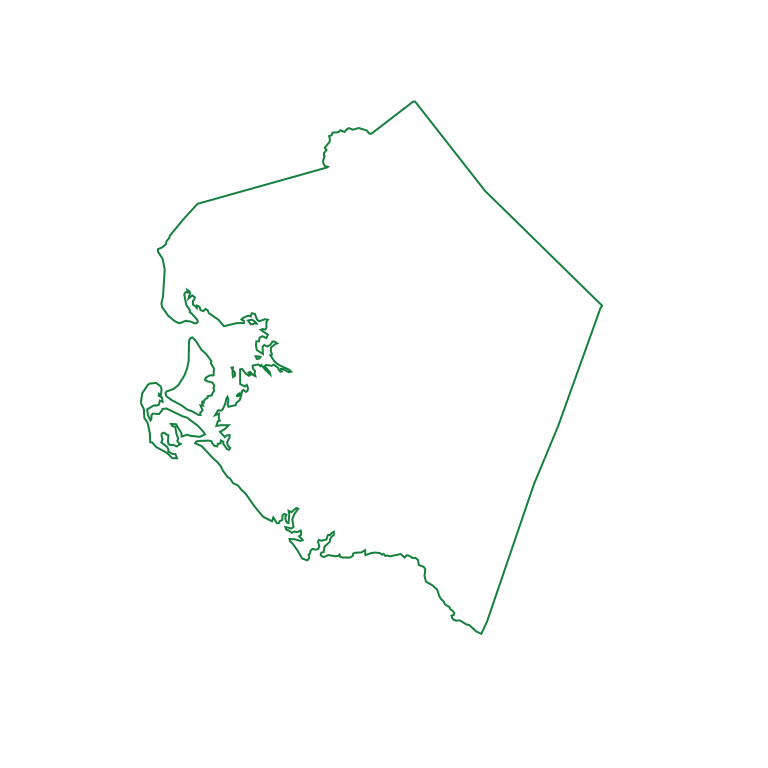 Lamu West, Coast, Kenya, rotated 142°
{"feature_id": "3690345B28138832354018", "entity_name": "Lamu West", "entity_type": "district", "adm_level": 2, "iso_a3": "KEN", "parent_name": "Kenya", "parent_adm1": "Coast", "projection": "equal_earth", "projection_center": [40.664, -2.131], "detail": "fine", "context": "isolated", "style": "outline", "palette": "green", "viewbox_px": 768, "rotation_deg": 142, "n_neighbors": 0, "source": "geoboundaries", "source_scale": "gbopen_adm2", "svg_char_len": 6173}
<svg xmlns="http://www.w3.org/2000/svg" viewBox="0 0 768 768"><g transform="rotate(142 384 384)"><path d="M461.4,632.8L463.5,631.2L467.5,630.4L469.6,628.5L474.8,628.3L479.2,629.4L480.7,627.5L481.4,618.8L486.5,609.0L504.3,589.0L509.6,584.7L511.5,581.4L512.0,570.6L510.5,563.3L508.7,559.0L507.4,557.5L501.3,555.9L497.3,551.4L496.1,548.6L494.4,547.3L492.5,547.6L491.6,549.5L492.2,557.9L492.9,560.1L491.6,561.5L491.1,568.1L486.3,577.5L483.9,578.5L482.0,576.8L481.1,579.3L480.2,576.8L481.0,574.9L485.4,571.7L480.5,571.8L479.7,568.7L481.4,567.4L483.6,567.0L485.6,564.1L484.7,561.2L484.8,559.2L483.1,560.9L481.9,558.6L483.0,555.1L481.6,552.7L478.4,553.0L477.6,550.4L478.4,547.8L474.9,536.6L474.6,528.1L462.9,522.8L456.8,518.4L455.5,520.3L456.7,522.6L454.6,522.9L450.5,521.9L448.4,521.1L447.5,519.3L444.7,521.2L442.6,518.8L444.4,512.8L443.7,510.3L437.8,508.3L435.9,506.1L438.5,505.3L441.9,500.8L444.0,500.0L445.6,501.9L447.8,502.6L445.2,494.3L448.4,492.6L450.4,496.5L453.5,497.1L456.2,494.6L458.3,496.2L461.3,493.1L463.3,489.0L460.9,482.2L456.8,488.1L454.4,488.5L452.9,485.5L449.5,484.8L445.6,486.1L444.0,484.6L443.2,481.8L445.1,482.4L450.5,482.3L452.8,479.9L454.1,476.2L455.8,476.7L456.4,470.0L455.9,466.5L454.8,463.1L450.1,453.9L449.5,450.9L451.7,451.8L454.5,458.1L455.9,459.4L456.8,456.8L458.0,457.5L458.2,459.8L457.5,462.0L458.9,467.1L461.3,467.5L465.2,471.6L467.1,471.6L466.8,463.6L467.8,461.5L468.8,468.2L469.0,474.5L470.5,474.2L471.1,476.9L476.1,479.4L477.8,476.8L477.6,473.6L479.4,472.2L480.6,469.4L481.7,472.2L482.0,476.0L483.8,476.4L483.8,473.4L485.3,473.5L486.5,477.0L486.6,483.2L488.4,484.1L497.4,472.5L495.2,467.8L492.7,467.8L493.7,464.5L495.6,462.7L497.7,462.7L498.4,465.9L499.9,465.9L507.1,460.3L511.7,460.0L514.0,458.7L520.5,461.8L519.9,463.9L516.4,467.3L515.3,470.3L517.3,469.5L521.2,466.2L527.2,463.1L529.2,463.6L530.9,465.5L536.3,463.4L532.3,462.3L535.5,458.5L536.0,456.2L537.9,456.9L541.9,454.2L537.8,451.9L531.7,447.1L537.4,446.5L542.7,447.3L542.1,440.1L539.7,440.4L537.2,438.9L538.5,437.0L542.6,435.2L544.4,433.4L545.0,430.7L544.5,428.3L546.6,427.6L547.8,429.4L547.5,435.7L546.2,437.4L547.4,439.9L549.4,437.8L551.7,439.2L553.8,437.5L555.7,439.5L555.8,442.8L555.2,445.1L556.9,447.3L565.1,453.2L567.5,454.3L569.3,453.4L565.9,447.3L564.4,430.3L563.4,425.3L563.3,419.4L564.3,414.6L564.6,406.8L563.5,404.4L564.0,398.8L561.6,393.9L561.5,388.4L560.6,383.2L561.4,367.4L561.0,353.9L556.8,344.7L553.4,347.0L554.1,340.3L552.6,339.1L550.6,340.1L547.9,339.5L544.8,343.0L542.7,343.1L541.4,341.0L543.5,340.0L545.0,338.2L545.9,334.6L544.9,333.2L538.9,339.6L537.2,342.8L535.9,340.0L529.4,340.3L528.4,338.5L534.7,336.7L539.5,333.9L543.3,327.1L545.9,327.1L549.8,332.0L550.7,329.3L549.1,326.8L548.3,323.5L545.3,322.8L543.7,320.8L539.8,319.8L540.8,317.7L542.6,316.1L544.6,316.3L544.1,311.1L546.3,311.7L550.2,316.9L553.9,320.0L554.9,317.9L554.3,314.3L554.6,306.2L556.0,297.0L553.1,292.3L550.0,292.8L548.4,296.1L546.7,295.9L544.6,297.8L542.0,298.1L539.9,295.6L537.4,294.5L534.9,295.9L533.3,300.1L531.4,301.3L529.9,299.1L525.1,296.9L521.3,299.5L519.6,298.3L517.1,298.8L514.6,298.4L516.6,295.9L519.7,295.9L522.2,294.8L523.8,293.0L531.0,292.5L535.0,288.7L537.2,289.7L539.2,288.4L539.0,286.2L537.6,284.5L533.4,283.6L528.4,278.3L526.0,276.8L524.1,276.9L525.0,275.0L523.5,272.8L517.9,268.3L514.7,267.7L512.8,269.3L510.9,269.0L505.5,265.2L501.2,264.7L504.0,260.6L497.8,258.5L494.5,256.4L491.4,253.3L490.6,250.7L488.9,250.3L488.8,247.7L486.8,246.6L485.4,244.5L475.5,239.7L474.6,234.6L471.5,235.0L470.2,233.6L468.4,229.1L466.2,227.6L465.6,224.3L468.0,220.0L465.3,215.5L465.5,212.6L470.2,207.9L472.6,202.5L469.8,195.6L468.7,189.3L471.1,182.5L471.4,179.4L470.9,175.9L471.6,172.7L469.8,168.2L470.3,165.8L469.5,162.7L469.7,160.0L471.5,159.0L473.4,160.0L474.3,157.8L474.3,155.6L473.1,153.3L469.8,151.0L467.1,143.8L465.2,141.5L463.6,132.0L461.1,127.2L449.0,133.4L327.4,212.8L272.4,243.8L166.9,310.4L163.9,311.4L185.5,474.0L185.6,587.5L187.6,588.6L240.1,589.0L241.5,590.7L241.5,594.4L246.2,601.2L251.9,603.5L254.1,607.2L256.3,607.7L260.1,606.9L262.1,610.8L264.9,610.5L270.0,613.8L272.1,612.2L274.6,613.1L276.1,610.0L277.8,608.3L284.9,606.8L285.3,606.4L285.2,603.8L289.0,603.0L290.6,601.1L290.5,600.2L294.8,597.2L296.1,594.9L296.4,592.1L294.5,589.6L295.3,589.6L420.0,640.8L440.6,637.3L461.4,632.8ZM551.6,479.7L549.3,474.0L547.6,472.5L546.7,474.4L543.1,475.0L541.8,480.2L539.9,478.3L539.2,480.9L538.1,481.8L537.3,479.6L537.0,481.5L533.7,482.2L531.7,481.6L530.4,482.9L526.6,481.1L524.7,482.5L522.3,483.0L520.8,485.8L518.8,487.0L518.3,490.2L519.5,492.6L521.4,494.5L522.6,497.4L520.5,498.7L515.8,498.0L513.0,495.7L508.5,500.9L507.6,507.2L505.9,508.1L505.7,517.3L506.8,523.1L505.8,533.2L506.2,538.6L507.9,539.3L509.8,538.9L511.6,537.4L523.8,522.4L529.6,517.5L535.8,513.7L546.4,509.8L552.6,509.6L560.1,512.0L561.9,511.3L563.0,508.2L561.0,501.5L556.6,491.7L554.9,485.2L551.6,479.7ZM602.6,480.7L602.4,474.7L597.5,463.6L596.5,455.9L592.8,452.9L591.6,457.1L594.1,459.6L595.4,463.4L594.2,465.3L593.6,467.8L595.5,475.0L592.6,476.7L591.3,480.1L589.5,481.8L587.2,481.0L586.7,478.5L585.4,476.4L589.5,471.9L590.9,469.2L589.6,467.0L587.4,465.8L586.0,462.5L581.1,461.9L582.1,464.2L581.9,466.5L579.9,467.5L578.1,472.8L574.8,478.8L576.8,481.0L576.5,483.7L572.6,480.3L574.0,469.8L575.8,467.2L570.3,465.2L568.6,462.5L561.6,455.7L556.0,454.5L555.7,457.7L556.4,465.7L559.9,478.7L562.8,482.9L570.6,498.8L574.2,500.7L575.8,499.7L579.9,498.9L584.4,503.0L586.6,502.5L588.6,499.8L590.4,499.1L589.3,504.5L586.3,509.8L578.5,508.8L576.4,506.9L574.0,506.3L570.9,508.9L569.4,506.3L567.3,510.1L568.7,513.4L567.4,514.8L566.6,512.7L562.4,516.9L561.5,519.9L563.0,525.2L568.6,528.7L570.9,528.7L580.2,525.5L586.2,519.9L587.6,517.6L588.7,512.0L593.7,504.9L594.2,499.4L595.0,497.2L598.7,489.6L604.1,482.0L602.6,480.7ZM452.1,517.8L452.2,513.1L450.3,511.8L448.6,511.6L447.3,510.1L447.2,512.2L448.5,516.1L452.1,517.8ZM494.6,488.4L497.6,484.5L498.6,482.3L496.4,482.2L494.5,484.8L494.6,488.4ZM468.7,481.8L466.4,480.8L464.7,481.3L465.9,483.1L468.2,484.9L468.7,481.8ZM506.3,465.8L507.3,464.9L506.0,463.9L504.6,464.1L503.6,465.6L506.3,465.8ZM494.6,488.4L492.8,490.0L494.1,490.8L494.6,488.4Z" fill="none" stroke="#15803d" stroke-width="2"/></g></svg>